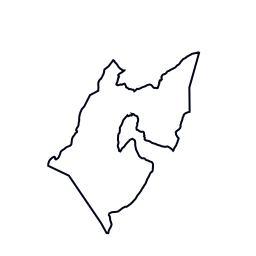 outline of San Pedro Teozacoalco, Oaxaca, Mexico, rotated 31°
{"feature_id": "50627088B69168049256602", "entity_name": "San Pedro Teozacoalco", "entity_type": "district", "adm_level": 2, "iso_a3": "MEX", "parent_name": "Mexico", "parent_adm1": "Oaxaca", "projection": "equal_earth", "projection_center": [-97.274, 17.003], "detail": "fine", "context": "isolated", "style": "outline", "palette": "ink", "viewbox_px": 256, "rotation_deg": 31, "n_neighbors": 0, "source": "geoboundaries", "source_scale": "gbopen_adm2", "svg_char_len": 5847}
<svg xmlns="http://www.w3.org/2000/svg" viewBox="0 0 256 256"><g transform="rotate(31 128 128)"><path d="M163.8,229.1L164.6,228.6L165.2,228.3L165.1,227.8L164.8,227.2L164.5,226.2L164.3,225.2L164.2,224.3L164.2,222.3L164.1,221.5L163.9,219.8L163.4,218.9L161.5,217.1L160.8,216.7L160.0,215.9L159.5,215.1L158.8,214.3L158.4,213.6L157.5,213.0L156.5,212.6L156.2,212.1L156.0,210.6L156.7,209.9L157.3,208.7L158.1,208.1L159.6,207.0L160.2,206.6L162.0,205.2L162.6,204.5L164.1,200.7L164.5,199.6L165.6,197.8L166.0,197.0L167.3,196.3L167.8,195.4L168.3,194.3L168.6,193.2L169.3,192.1L169.6,190.7L170.1,189.1L170.2,188.2L170.5,186.7L170.7,186.0L170.9,185.1L170.9,183.2L170.8,181.5L171.0,179.9L171.2,178.3L171.4,176.4L171.5,174.9L171.3,173.2L171.5,171.8L171.5,169.6L171.5,168.6L171.7,166.8L171.6,166.1L171.1,163.1L170.8,161.9L170.8,158.6L170.6,157.3L170.4,155.5L170.5,154.5L170.7,153.9L171.0,153.2L171.2,152.5L171.0,151.7L170.6,150.6L169.9,149.6L169.3,148.1L169.2,148.1L168.7,147.3L168.6,147.1L167.9,146.0L167.2,145.5L166.2,145.0L165.1,145.1L163.7,145.5L162.3,145.5L160.0,146.1L159.3,146.0L158.5,145.7L157.7,145.6L156.9,145.9L156.4,146.4L155.3,146.8L153.5,146.7L153.0,146.5L152.1,146.3L145.7,142.1L145.0,141.1L144.3,140.5L142.6,138.4L142.2,137.5L141.6,136.7L140.8,135.7L140.1,135.1L139.2,135.0L138.2,135.0L137.3,135.0L136.6,136.0L136.1,136.6L135.6,137.6L135.6,138.5L135.0,140.6L134.8,141.9L134.6,142.5L134.4,145.1L134.2,146.8L133.9,147.2L133.5,148.0L133.5,148.8L133.5,150.6L133.5,152.0L132.2,152.2L131.0,150.9L130.4,150.2L129.5,149.7L128.9,149.1L128.3,148.4L128.0,147.6L127.8,146.5L127.6,145.8L126.6,144.5L125.7,143.6L124.5,141.6L124.0,140.5L123.4,139.3L123.0,138.4L123.0,137.8L123.2,136.8L123.0,136.0L122.8,135.3L122.1,134.1L122.0,133.6L121.6,133.2L120.9,132.1L120.8,130.3L120.8,129.9L120.8,128.8L120.8,128.1L120.6,127.2L120.5,126.3L120.3,125.6L120.1,124.8L120.0,123.1L120.1,122.4L120.3,121.1L120.5,120.0L121.0,117.4L122.1,117.8L122.2,117.6L122.3,117.4L122.7,117.1L122.9,116.8L123.2,115.9L123.4,115.8L123.7,115.8L124.1,115.7L124.6,115.5L124.7,115.0L124.8,114.5L124.8,113.9L124.8,113.7L124.5,113.9L124.3,113.8L125.1,113.6L125.6,113.4L127.3,113.6L128.1,113.5L129.0,113.3L129.6,113.3L130.2,113.4L130.9,114.1L131.3,114.6L131.9,114.8L132.5,115.8L132.9,116.6L133.3,117.6L133.4,118.4L133.3,118.8L133.4,119.4L133.9,119.8L134.4,120.5L134.7,121.8L134.8,122.4L134.9,123.0L135.3,123.8L136.0,124.6L136.4,125.0L137.2,124.6L138.1,124.7L139.2,124.8L140.2,124.8L141.5,124.4L142.1,123.8L142.7,123.5L143.5,123.5L144.4,124.1L144.8,124.8L145.2,125.2L145.7,125.8L146.0,126.0L146.1,127.0L147.3,127.5L147.6,128.0L147.8,128.7L148.0,129.1L149.3,129.5L150.5,129.1L152.9,128.3L153.7,128.4L154.4,128.2L155.8,128.4L157.1,128.2L158.2,127.9L159.2,127.6L160.5,127.3L161.3,127.4L162.0,127.2L163.1,127.0L164.2,126.6L165.5,126.4L166.2,126.4L167.0,125.9L168.2,125.6L169.2,125.2L170.3,124.4L171.3,123.5L172.8,123.3L174.8,123.4L176.8,123.7L178.4,124.3L178.5,123.7L178.1,122.0L178.1,120.9L178.1,120.0L178.2,118.0L177.9,116.7L177.8,115.3L177.6,114.4L177.4,113.8L177.2,113.2L177.0,111.3L176.7,110.8L176.1,110.5L175.2,110.4L174.5,109.9L173.6,109.4L173.1,109.2L172.6,108.9L171.9,107.8L171.2,107.3L171.1,106.1L171.6,104.9L172.4,103.0L172.7,101.0L172.3,99.5L171.5,98.7L171.2,97.2L170.9,96.2L170.6,95.3L170.5,93.8L169.8,91.5L169.4,90.6L169.5,89.7L169.4,88.7L169.0,88.0L169.5,86.2L170.1,85.2L170.7,84.4L171.2,83.7L172.5,82.4L159.7,61.6L150.2,26.9L149.6,26.9L148.9,27.3L148.7,27.9L147.7,28.6L146.1,30.1L144.5,31.7L143.8,33.2L143.1,34.2L142.6,35.2L141.9,36.3L141.5,37.5L141.0,38.7L140.3,39.8L139.8,40.5L139.4,42.6L139.1,44.2L139.1,46.2L138.5,48.3L138.0,48.7L137.4,51.4L137.1,52.2L135.6,54.6L134.7,56.0L133.9,57.5L133.2,58.5L132.8,59.0L132.5,59.7L132.5,61.0L132.1,62.2L131.7,62.9L131.0,63.5L130.5,64.3L130.2,65.2L130.3,66.8L130.6,67.0L130.8,67.8L131.3,68.3L131.9,68.7L131.9,69.1L131.6,69.5L131.7,70.4L130.8,70.7L130.8,71.2L131.3,73.0L131.7,73.1L132.0,74.6L132.4,76.1L132.9,78.2L132.5,78.8L132.0,79.1L131.2,79.3L130.7,79.6L129.7,80.2L128.3,80.1L126.9,79.4L125.5,79.2L124.3,79.5L123.6,80.1L122.8,80.9L122.2,81.7L121.6,82.7L121.0,83.7L119.2,85.8L118.3,87.4L117.7,88.2L116.7,89.5L115.6,89.7L115.3,90.9L114.9,92.2L114.5,93.3L113.7,92.7L113.2,92.5L112.7,92.5L111.7,93.1L110.8,93.2L109.9,93.5L109.0,93.8L108.7,94.2L107.0,93.9L106.3,93.9L105.5,94.1L105.2,93.6L102.9,92.0L102.2,91.8L101.8,92.1L101.2,92.9L100.6,94.0L100.2,94.3L99.4,94.3L98.4,95.5L97.2,96.7L96.8,96.8L96.4,96.8L95.9,96.8L95.5,96.6L95.4,96.2L95.1,93.9L94.6,92.4L94.4,91.9L94.0,89.6L93.7,89.6L93.6,88.9L93.6,88.3L92.4,87.8L92.3,87.3L92.7,85.8L93.1,85.2L93.8,83.8L94.2,83.4L94.3,82.7L94.7,81.9L95.1,81.3L95.2,80.5L94.7,80.7L94.3,81.1L93.5,81.4L92.7,81.1L91.9,81.1L91.2,81.2L90.4,81.1L89.6,80.8L88.9,80.6L87.9,80.3L86.9,79.7L86.1,79.3L85.1,78.9L84.4,78.7L83.6,78.5L83.0,78.4L82.4,78.2L81.9,77.6L81.2,77.4L80.4,77.5L79.6,85.1L77.7,90.0L78.2,91.5L78.6,92.4L79.0,93.5L79.2,94.6L79.3,95.8L79.5,97.9L79.4,98.5L79.5,99.9L79.0,101.0L78.9,102.1L79.2,104.4L79.7,105.3L80.1,106.0L80.7,106.9L81.3,107.6L83.3,111.4L78.5,119.4L79.4,132.1L78.7,135.4L78.8,136.4L79.0,137.5L79.1,139.0L79.4,140.1L80.2,142.8L80.7,143.8L81.2,144.9L81.8,145.9L82.5,147.1L82.9,148.4L83.4,149.6L83.9,150.6L84.3,151.8L84.4,152.6L84.2,154.5L84.4,155.8L84.7,156.6L85.2,156.9L85.9,156.9L86.4,157.5L86.1,158.6L85.7,159.3L85.6,160.2L85.7,161.9L85.4,163.4L85.4,164.4L85.7,166.4L86.1,167.3L86.7,168.6L87.3,169.9L87.8,171.1L87.8,172.0L87.5,172.8L86.6,174.2L85.8,175.2L85.2,176.1L84.7,177.2L84.3,178.6L83.6,179.9L82.9,181.6L82.6,182.8L82.8,184.0L83.2,185.2L83.5,187.6L83.6,188.6L83.6,189.5L83.2,190.5L82.8,191.5L82.5,192.0L82.0,192.2L81.7,192.1L81.3,191.8L80.6,190.8L80.1,190.6L79.5,190.7L79.3,190.9L79.0,191.5L78.7,191.9L78.3,192.6L77.8,194.2L77.5,195.5L77.5,196.9L77.6,197.8L77.8,198.6L78.0,199.4L78.3,200.1L79.1,201.5L101.9,199.3L153.8,223.3L163.8,229.1Z" fill="none" stroke="#020617" stroke-width="2"/></g></svg>